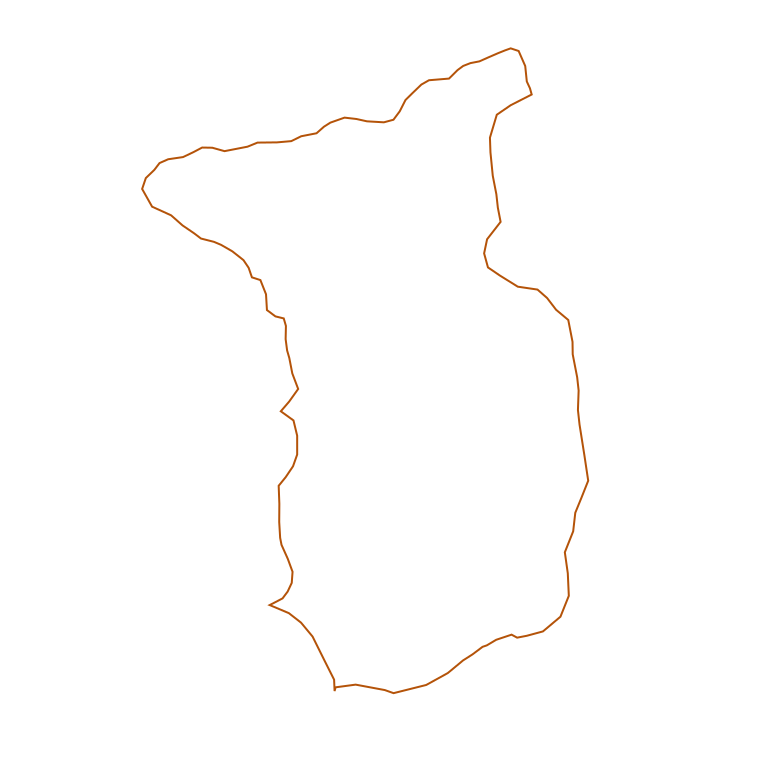 Askeia, Cyprus, rotated 349°
{"feature_id": "46923920B6105070977728", "entity_name": "Askeia", "entity_type": "district", "adm_level": 2, "iso_a3": "CYP", "parent_name": "Cyprus", "parent_adm1": "", "projection": "mercator", "projection_center": [33.61, 35.152], "detail": "fine", "context": "isolated", "style": "outline", "palette": "amber", "viewbox_px": 768, "rotation_deg": 349, "n_neighbors": 0, "source": "geoboundaries", "source_scale": "gbopen_adm2", "svg_char_len": 1821}
<svg xmlns="http://www.w3.org/2000/svg" viewBox="0 0 768 768"><g transform="rotate(349 384 384)"><path d="M276.9,676.0L278.6,672.5L298.8,673.7L326.4,684.6L334.4,689.3L368.0,687.5L390.6,680.2L391.5,679.9L408.9,670.4L419.3,666.3L430.6,660.8L435.0,660.2L445.3,656.5L461.4,654.4L466.3,658.4L467.0,658.4L476.2,658.4L492.8,657.2L512.8,646.1L525.0,627.2L528.3,604.9L529.4,583.7L541.6,564.7L547.2,546.9L556.0,533.5L566.0,517.9L567.1,492.3L568.2,461.1L569.4,446.6L573.8,427.6L574.9,414.3L574.9,390.9L577.1,378.6L577.1,356.3L567.1,344.0L560.5,330.7L552.7,320.6L533.9,314.0L518.3,299.5L508.3,289.4L507.2,274.9L512.8,261.6L529.4,247.1L529.4,232.6L530.5,219.2L530.5,200.3L532.7,176.9L535.0,162.4L546.1,141.2L561.6,134.5L584.2,128.0L583.7,121.6L581.9,114.3L583.3,98.8L579.7,82.8L572.4,78.7L566.5,79.6L559.2,81.0L549.2,83.2L539.2,85.5L530.1,85.5L522.4,86.9L516.1,89.9L506.1,96.6L486.1,94.4L477.8,97.2L467.9,103.6L459.3,109.3L451.5,119.3L443.7,126.4L433.8,127.1L417.4,122.9L407.5,118.6L396.1,115.0L381.2,117.2L374.1,120.0L365.6,125.0L350.0,125.0L339.3,127.9L325.1,126.4L305.9,122.9L295.3,125.0L281.1,125.0L271.9,125.0L260.5,119.3L250.6,117.2L241.3,120.0L230.0,122.9L215.0,122.2L205.8,124.3L199.4,130.0L189.5,136.4L183.8,146.4L190.2,165.7L207.2,177.8L216.5,189.9L226.4,199.9L232.1,206.3L244.2,212.0L250.6,216.3L260.5,224.9L269.7,235.6L273.3,244.1L274.7,254.1L282.5,258.4L285.3,273.4L283.2,289.1L290.3,296.9L298.1,300.5L298.8,308.3L296.0,321.2L295.3,332.6L296.0,340.4L296.0,356.1L298.8,372.5L287.5,383.2L277.5,391.1L288.2,402.5L288.9,418.2L285.3,436.7L279.0,447.4L269.7,456.7L261.2,463.8L258.4,481.7L254.8,499.5L252.7,515.2L252.7,522.3L256.2,537.3L258.4,550.9L255.5,561.6L249.8,569.4L243.5,575.1L229.6,579.2L246.9,590.8L257.0,602.4L265.7,618.3L272.9,644.4L278.6,664.7L276.9,676.0Z" fill="none" stroke="#b45309" stroke-width="2"/></g></svg>